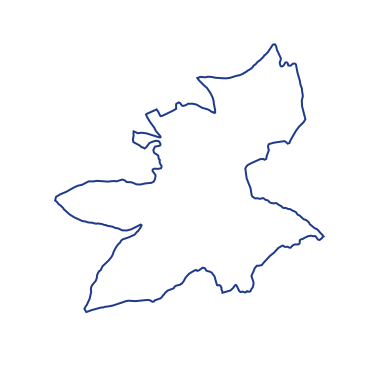 Escuintla, Escuintla, Guatemala (orthographic projection), rotated 251°
{"feature_id": "79465075B12428075404525", "entity_name": "Escuintla", "entity_type": "district", "adm_level": 2, "iso_a3": "GTM", "parent_name": "Guatemala", "parent_adm1": "Escuintla", "projection": "orthographic", "projection_center": [-90.807, 14.309], "detail": "fine", "context": "isolated", "style": "outline", "palette": "blue", "viewbox_px": 384, "rotation_deg": 251, "n_neighbors": 0, "source": "geoboundaries", "source_scale": "gbopen_adm2", "svg_char_len": 6078}
<svg xmlns="http://www.w3.org/2000/svg" viewBox="0 0 384 384"><g transform="rotate(251 192 192)"><path d="M116.5,52.2L112.9,53.0L113.0,58.5L112.4,68.3L111.8,70.1L111.8,72.2L111.1,75.5L110.4,80.1L110.3,94.1L109.8,96.8L107.2,103.1L104.4,115.0L103.2,117.2L101.5,118.4L100.9,119.3L100.9,120.5L101.3,120.8L101.7,121.4L101.7,127.5L102.6,129.6L103.8,131.0L104.0,131.8L105.5,133.9L106.1,135.6L106.7,136.6L106.9,143.4L108.2,144.8L108.6,146.3L108.2,150.7L108.7,151.5L108.7,152.6L110.4,155.1L111.8,156.6L113.3,158.3L115.7,162.7L116.8,167.8L117.0,170.4L115.7,171.3L115.7,173.4L116.1,174.5L117.0,177.6L115.4,179.6L113.4,179.7L112.2,180.8L111.4,182.2L110.3,183.6L109.2,184.4L105.0,185.8L96.0,185.3L95.4,185.7L95.0,187.7L94.1,188.4L91.7,188.7L90.5,188.1L88.7,188.3L86.8,188.0L86.4,196.4L88.0,199.9L89.8,202.3L89.9,202.9L89.5,203.5L88.2,203.8L82.8,204.5L82.0,205.0L81.5,205.5L81.4,207.4L79.9,209.1L79.7,210.8L80.2,211.1L80.2,212.0L79.1,213.4L79.0,214.1L79.2,215.0L80.9,216.6L81.9,218.2L83.2,219.1L84.7,220.1L86.9,220.8L92.9,220.8L93.7,221.2L96.9,224.3L99.6,226.6L101.2,229.3L100.6,231.0L100.2,233.7L100.4,234.8L101.2,235.6L106.1,244.7L107.9,249.7L111.0,255.5L111.9,260.1L111.4,260.9L110.3,261.4L109.9,262.0L109.5,263.1L109.3,264.1L109.0,264.7L108.1,265.5L107.6,266.1L107.4,266.5L107.3,267.2L107.6,267.8L108.1,268.5L108.5,269.5L108.8,270.4L108.9,271.6L108.9,272.5L108.7,273.0L108.0,274.8L107.9,275.8L108.0,276.2L108.2,276.6L108.6,277.1L109.1,277.4L109.9,277.7L110.8,278.0L111.2,278.2L111.6,278.8L111.7,279.4L111.7,280.1L111.6,281.6L111.7,282.5L112.0,283.1L112.1,283.9L112.1,285.4L112.3,286.0L112.5,286.8L112.4,287.7L112.2,288.2L112.1,289.0L112.1,289.8L111.9,290.4L110.6,292.4L110.3,294.0L109.9,294.4L107.0,295.3L106.0,295.7L105.5,296.2L105.2,296.8L105.2,297.3L105.3,297.8L105.5,298.3L106.0,299.6L106.7,300.6L107.0,301.1L107.1,301.9L107.7,301.7L109.0,301.3L109.7,301.0L111.4,300.1L114.8,298.8L115.8,298.3L116.4,297.9L117.5,296.5L118.3,295.9L119.2,295.3L120.5,294.6L121.7,293.8L123.2,292.9L123.8,292.8L125.3,292.6L126.7,291.8L128.2,290.8L128.6,290.5L129.1,290.0L129.3,289.4L129.8,288.8L130.8,288.2L134.3,286.3L134.7,286.1L135.0,285.8L135.8,284.8L136.1,284.6L136.8,284.3L137.5,284.1L138.4,284.0L139.0,283.7L139.4,283.4L140.0,282.9L141.7,281.0L143.4,279.6L143.8,279.2L144.1,278.7L144.3,278.0L144.5,277.6L144.8,277.2L145.8,276.2L146.4,275.4L146.6,275.0L147.0,273.7L147.3,273.2L147.6,272.8L148.0,272.4L148.8,272.2L149.4,271.9L150.1,271.2L151.1,270.4L151.9,269.6L152.4,269.2L153.5,268.6L154.0,268.1L154.1,267.7L154.7,265.7L155.1,264.7L155.6,263.6L156.1,263.0L156.6,262.4L157.2,262.0L157.5,261.8L158.9,261.3L159.4,260.9L159.7,260.5L160.3,259.4L160.8,258.9L161.5,258.4L162.5,257.8L162.9,257.4L163.2,257.0L163.3,254.6L163.5,254.0L164.0,253.0L164.8,251.8L165.3,249.9L165.8,249.2L166.4,248.8L166.9,248.6L167.5,248.1L167.9,247.6L169.8,247.4L176.5,248.6L186.9,248.1L196.7,250.0L198.4,251.7L199.4,253.7L200.0,257.6L200.9,267.4L200.2,269.4L200.1,270.1L198.9,271.1L199.1,272.9L201.7,274.4L206.4,278.2L209.9,278.6L211.5,279.4L212.3,280.6L211.9,285.9L210.0,296.0L208.2,297.4L206.6,298.2L206.6,300.0L208.7,301.8L216.0,310.2L219.0,314.6L221.7,320.3L223.9,322.9L237.3,324.0L243.0,325.7L246.3,327.9L247.9,328.3L252.5,329.1L253.8,329.6L258.1,329.5L262.3,330.2L270.6,330.6L278.8,331.8L279.3,331.5L280.0,330.9L280.2,330.4L280.4,329.7L280.4,329.1L280.0,328.0L279.5,327.1L279.5,325.8L280.0,324.9L280.2,324.3L280.7,324.2L282.5,324.4L283.2,324.2L283.9,323.4L284.0,322.8L283.8,322.1L283.5,321.7L282.9,321.2L282.1,320.2L281.7,319.5L281.4,318.5L281.5,317.8L281.9,317.0L282.5,316.8L283.4,316.8L285.4,317.0L286.1,317.2L287.2,318.3L288.8,319.3L290.2,319.5L298.7,318.6L302.2,319.0L304.5,318.6L305.0,317.1L304.8,316.2L299.5,309.2L297.9,306.0L297.8,305.1L296.4,303.3L294.5,299.3L293.7,296.4L292.1,293.8L291.3,291.1L290.2,289.9L289.3,287.6L288.4,283.3L288.0,282.8L288.0,281.6L287.6,281.1L287.6,279.7L287.2,278.9L286.9,274.5L287.3,273.4L287.6,264.7L288.3,261.6L288.4,261.1L290.0,257.0L291.5,253.7L292.0,252.1L294.4,248.0L295.8,244.6L296.2,241.6L297.9,238.0L298.1,237.3L298.0,234.1L295.0,235.1L288.6,238.2L287.5,238.9L285.3,240.1L279.3,241.7L274.3,242.3L270.3,242.0L269.6,241.6L261.9,240.5L259.5,239.7L259.5,238.8L259.9,238.3L260.8,237.9L260.8,237.3L261.4,236.7L263.6,235.2L265.3,233.4L268.3,229.0L273.3,224.6L275.6,220.7L275.9,219.1L276.7,217.4L276.1,213.9L276.4,211.2L277.3,210.5L279.8,209.8L281.0,208.7L280.5,205.9L279.6,205.3L275.8,204.1L275.0,199.8L273.7,188.9L274.0,187.0L274.8,186.7L278.8,186.2L281.6,185.4L280.6,174.4L280.2,173.7L277.1,174.0L271.9,175.1L265.0,177.3L261.8,177.6L254.9,180.3L254.2,180.2L254.0,179.6L254.3,178.9L262.3,168.0L264.5,163.5L265.2,159.8L266.8,158.3L268.3,156.6L266.2,155.6L264.4,155.2L260.5,153.0L258.2,152.9L253.1,157.6L250.7,159.0L250.0,160.2L248.6,161.4L249.2,163.3L252.2,167.8L252.4,172.3L252.1,174.8L250.9,177.0L249.9,177.5L247.6,177.8L246.7,177.4L246.3,176.6L246.9,171.8L244.3,169.1L242.0,168.9L240.7,169.4L239.1,170.8L237.5,171.9L234.1,171.4L232.7,172.0L231.3,171.2L229.0,171.1L226.6,171.7L225.5,171.3L224.5,170.4L225.0,167.1L226.3,164.2L226.1,162.3L224.8,161.5L220.0,163.0L218.3,162.4L216.4,161.3L214.9,159.9L214.2,158.9L213.9,156.6L215.3,150.7L215.9,145.6L217.2,142.2L221.0,137.8L222.7,133.4L224.7,132.4L226.5,130.1L226.6,125.0L226.8,123.6L227.3,123.0L228.4,119.7L229.1,116.1L231.1,111.4L233.4,105.9L234.3,101.6L235.7,97.8L234.6,90.4L235.1,86.2L234.8,82.3L233.1,73.1L232.7,66.6L231.6,61.8L228.5,59.8L226.8,61.0L224.2,61.8L221.5,63.6L218.5,65.1L217.6,65.1L210.6,69.0L206.4,72.4L200.2,78.9L198.4,82.3L197.1,83.8L195.2,88.1L194.1,89.4L193.1,91.4L193.1,92.3L191.0,96.5L189.5,98.2L188.5,100.2L187.7,100.8L185.1,105.6L183.2,107.5L181.5,110.5L178.5,113.5L176.9,117.6L176.5,122.3L177.9,132.8L177.0,133.5L175.5,132.2L172.5,128.2L172.4,127.3L170.3,123.8L169.7,116.8L169.8,111.2L169.2,109.3L167.6,107.5L166.4,104.8L163.6,101.1L160.1,97.7L159.1,97.2L156.7,94.6L154.3,90.7L150.9,83.2L147.9,80.3L147.3,78.3L146.0,76.7L144.6,75.5L144.1,75.0L141.8,74.1L139.3,72.0L136.6,67.5L135.1,65.9L133.0,64.7L130.5,64.2L124.7,60.7L119.6,55.9L118.9,54.8L116.5,52.2Z" fill="none" stroke="#1e3a8a" stroke-width="2"/></g></svg>